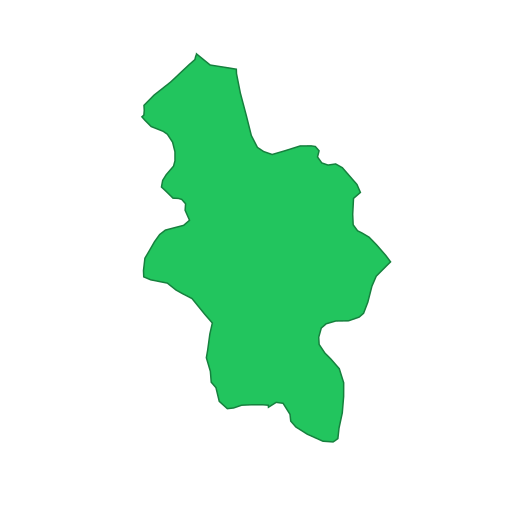 outline of Strumitsa, rotated 229°
{"feature_id": "MKD-2993", "entity_name": "Strumitsa", "entity_type": "Statistical Region", "adm_level": 1, "iso_a3": "MKD", "parent_name": "North Macedonia", "parent_adm1": "", "projection": "natural_earth1", "projection_center": [22.63, 41.401], "detail": "fine", "context": "isolated", "style": "filled", "palette": "green", "viewbox_px": 512, "rotation_deg": 229, "n_neighbors": 0, "source": "natural_earth", "source_scale": "10m", "svg_char_len": 1627}
<svg xmlns="http://www.w3.org/2000/svg" viewBox="0 0 512 512"><g transform="rotate(229 256 256)"><path d="M447.5,343.7L430.2,346.7L409.9,363.7L406.4,360.9L389.3,351.1L368.1,340.7L350.0,331.5L337.0,328.3L329.8,330.3L322.0,334.8L316.3,347.2L310.1,361.5L302.8,370.0L299.7,372.6L294.0,372.6L290.4,367.4L283.1,366.7L277.4,370.0L273.2,376.5L266.0,379.1L256.1,379.1L243.7,379.1L235.5,376.5L235.5,367.4L224.0,356.3L215.8,349.8L208.4,349.2L203.8,351.1L196.0,353.7L185.1,354.3L171.1,354.3L163.3,353.7L162.9,347.2L161.9,333.5L157.2,323.7L147.8,310.1L142.2,299.6L142.2,293.8L146.4,283.3L154.6,273.6L158.8,264.5L158.8,258.0L153.6,250.1L147.8,245.6L137.5,244.3L129.2,244.9L116.3,244.9L102.8,239.0L92.4,229.9L81.0,218.2L71.7,205.8L64.5,198.0L64.8,194.4L65.1,192.2L72.3,185.0L87.8,177.8L100.8,173.9L108.6,173.9L114.2,177.8L127.1,179.8L132.3,175.2L133.7,166.2L135.3,167.4L139.3,163.5L146.6,155.1L152.8,147.3L156.0,139.4L159.6,134.2L170.4,132.9L182.9,139.4L190.1,139.4L198.9,145.9L211.8,151.8L216.6,157.7L227.4,170.0L234.1,179.1L245.5,179.1L265.8,179.8L275.6,175.9L282.8,173.3L293.7,171.3L307.1,160.9L313.9,157.6L318.8,161.5L327.2,170.7L329.8,178.5L333.4,188.9L335.4,197.4L335.0,204.6L330.2,214.3L326.6,221.5L326.6,229.3L330.8,230.6L337.0,232.5L341.6,237.1L347.4,237.1L350.4,235.2L354.1,231.3L363.3,230.6L370.1,229.9L374.3,235.2L376.3,241.7L377.9,252.7L381.0,257.3L387.8,263.2L396.6,267.7L406.0,269.0L411.1,267.7L417.3,264.5L422.5,261.8L431.3,261.2L435.9,261.2L435.9,263.8L439.1,267.1L443.2,270.3L444.3,284.6L443.3,305.5L444.3,331.5L444.3,338.7L446.2,341.4L447.3,343.5L447.5,343.7Z" fill="#22c55e" stroke="#15803d" stroke-width="1.5"/></g></svg>